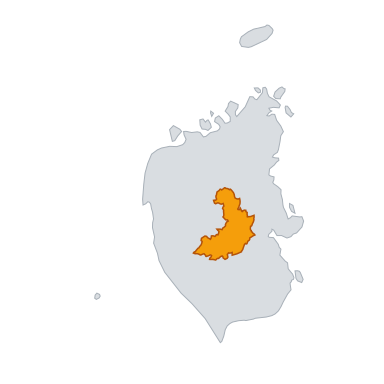 where North Chungcheong sits in South Korea, rotated 171°
{"feature_id": "KOR-2494", "entity_name": "North Chungcheong", "entity_type": "Province", "adm_level": 1, "iso_a3": "KOR", "parent_name": "South Korea", "parent_adm1": "", "projection": "mercator", "projection_center": [127.84, 36.597], "detail": "fine", "context": "in_parent", "style": "filled", "palette": "amber", "viewbox_px": 384, "rotation_deg": 171, "n_neighbors": 0, "source": "natural_earth", "source_scale": "10m", "svg_char_len": 6049}
<svg xmlns="http://www.w3.org/2000/svg" viewBox="0 0 384 384"><g transform="rotate(171 192 192)"><path d="M108.0,87.8L109.4,86.7L109.5,85.1L109.5,79.9L113.5,76.3L119.2,69.0L122.0,64.9L125.2,61.1L128.9,58.6L132.5,57.4L138.2,56.9L149.1,57.4L151.2,56.9L158.8,56.6L160.6,57.2L166.1,57.6L172.2,57.2L175.3,56.1L178.2,54.2L180.7,50.8L183.2,44.6L186.0,39.7L187.6,38.8L198.8,64.9L209.5,81.7L218.6,93.8L231.5,117.0L235.3,129.4L235.7,137.0L237.9,147.5L236.0,153.5L236.6,163.0L235.7,167.8L234.2,171.4L234.1,178.2L234.6,181.9L234.7,186.7L235.7,188.6L237.2,189.3L239.5,187.6L242.4,186.8L241.9,192.6L238.4,207.3L235.4,218.0L231.2,227.2L226.0,235.7L219.7,239.0L215.3,240.2L206.9,240.6L199.9,239.2L193.8,240.2L191.4,242.0L189.6,245.0L190.9,249.7L190.8,253.1L188.2,252.8L183.1,250.8L177.4,250.6L174.8,249.6L172.1,244.6L169.4,244.8L164.7,247.7L157.4,248.4L154.9,250.0L154.0,252.0L155.0,254.6L158.7,258.0L157.4,261.4L153.6,263.1L150.6,258.9L148.7,254.8L146.5,254.6L143.2,255.7L142.5,260.2L144.1,263.2L146.6,266.7L143.1,270.8L142.1,273.7L139.6,275.7L132.7,271.1L133.6,267.9L136.6,264.7L137.0,261.5L136.0,259.5L126.1,267.8L120.0,277.1L116.8,276.4L115.4,274.0L113.5,273.0L106.9,279.1L105.7,283.8L103.3,284.0L102.2,282.0L102.1,277.7L101.0,274.0L94.2,268.7L91.1,264.1L92.8,261.5L98.4,262.9L103.0,262.7L102.1,260.5L100.6,259.5L103.6,258.2L106.1,255.7L104.0,255.0L100.9,256.4L98.2,255.7L97.2,249.6L94.0,243.3L92.3,237.3L95.5,233.7L97.1,228.3L100.0,220.4L101.5,217.8L105.6,215.9L107.1,213.9L104.8,212.8L101.2,211.9L101.3,209.6L103.8,208.3L106.5,205.8L111.8,202.7L113.4,196.9L111.9,195.5L108.6,194.1L109.3,191.1L110.7,188.9L110.2,187.5L106.3,183.7L103.7,180.3L104.5,176.3L103.9,170.3L104.2,165.3L104.1,162.6L102.2,156.4L101.3,150.3L98.8,151.2L96.8,152.7L89.5,150.5L87.3,150.4L86.3,145.8L88.9,140.2L95.1,135.2L98.6,134.6L101.3,132.4L105.4,131.7L110.4,135.0L114.9,135.7L117.3,141.6L118.9,142.8L119.2,140.7L122.8,138.2L123.7,136.2L122.9,135.2L118.7,134.2L115.0,126.9L114.5,123.7L113.1,121.7L115.1,115.9L110.8,109.2L108.7,107.1L109.0,101.1L106.8,97.3L105.5,95.2L104.7,91.5L105.4,89.9L107.4,89.3L108.0,87.8ZM93.9,344.0L91.9,345.2L90.0,344.5L89.5,343.9L87.2,340.8L86.6,339.2L88.1,336.1L94.4,331.0L110.8,326.2L113.7,326.0L120.2,328.0L121.6,332.0L120.4,335.3L118.9,337.6L111.4,341.4L105.6,343.2L93.9,344.0ZM204.4,257.1L200.0,260.5L194.2,255.9L192.8,253.4L197.3,249.6L201.0,245.4L203.5,245.1L204.4,257.1ZM173.5,256.7L173.0,262.1L169.7,262.4L167.8,258.9L165.7,260.6L164.7,260.6L163.1,256.3L162.8,252.9L166.6,250.3L168.9,251.8L172.2,252.6L173.5,256.7ZM89.7,280.9L86.7,281.7L85.1,279.8L83.9,279.3L84.6,276.8L89.4,271.9L90.3,270.2L94.7,271.2L96.4,273.8L94.3,277.8L89.7,280.9ZM102.8,90.4L102.6,98.0L100.1,97.7L98.3,96.9L97.6,95.4L95.9,88.3L97.8,85.4L101.6,87.7L102.8,90.4ZM86.8,260.9L86.2,262.2L84.3,261.8L82.2,258.0L81.4,254.9L79.3,253.3L82.6,250.6L86.7,255.4L86.8,260.9ZM98.1,161.7L97.5,165.4L94.4,163.0L93.6,154.9L96.7,157.3L98.1,161.7ZM303.8,105.3L301.8,107.0L299.3,105.3L299.0,103.5L300.3,101.9L303.3,100.9L304.7,102.3L303.8,105.3ZM113.4,282.4L114.2,285.0L110.5,284.5L108.5,282.0L108.8,279.8L111.0,279.5L113.4,282.4ZM161.3,267.3L160.8,269.0L158.4,266.4L160.7,263.6L161.3,267.3Z" fill="#d9dde1" stroke="#a8b0b8" stroke-width="1"/><path d="M147.3,132.8L148.4,132.0L150.6,127.9L150.8,127.4L151.1,127.0L151.4,126.7L151.8,126.4L152.2,125.9L152.5,125.2L157.3,123.9L162.2,123.3L161.8,126.0L163.2,125.7L164.6,125.8L165.0,126.0L165.4,126.2L165.7,125.9L166.0,125.5L166.9,124.9L166.7,122.1L167.6,121.0L169.9,120.3L171.6,122.1L171.6,123.3L172.2,124.1L173.7,123.8L175.2,122.9L176.1,122.2L177.2,122.4L178.1,122.0L179.2,121.1L181.8,122.1L184.4,122.5L185.2,122.7L184.7,123.9L183.3,124.9L182.6,126.1L183.1,126.7L183.7,127.0L184.1,127.0L184.5,126.8L185.9,126.4L188.1,126.1L188.5,126.6L188.5,127.4L189.4,128.4L189.7,129.1L190.5,129.1L191.5,128.9L192.6,128.5L193.7,128.5L194.8,129.4L196.0,130.1L197.2,130.4L198.4,130.5L199.3,130.9L200.2,131.5L199.6,132.1L199.0,132.5L198.5,132.3L198.0,132.6L197.0,133.7L195.8,134.7L195.1,135.4L194.1,135.7L193.5,136.2L193.1,136.9L191.7,137.9L190.7,139.3L190.2,140.4L189.7,141.5L190.0,142.0L190.6,142.6L189.9,144.8L186.1,146.5L184.5,145.9L183.8,144.5L182.7,143.6L181.9,143.1L181.3,142.4L180.7,143.0L180.3,143.7L180.0,144.6L179.7,145.6L178.4,145.5L177.0,145.0L176.3,144.5L175.5,145.0L174.7,146.0L173.8,146.1L173.1,145.6L172.5,146.5L171.9,147.8L171.6,149.0L172.5,150.1L173.2,151.4L169.9,150.9L168.2,150.1L167.2,151.6L165.6,152.3L164.2,153.3L164.1,154.0L164.1,154.5L163.8,155.1L162.8,156.5L162.1,157.2L161.5,157.3L160.8,157.6L161.3,158.9L163.1,159.2L165.3,162.5L164.5,163.3L164.1,164.6L163.9,167.7L163.6,169.1L163.9,170.0L164.4,170.9L163.7,172.3L162.7,173.1L163.0,175.8L164.8,175.4L165.9,175.8L167.2,176.8L168.1,177.3L170.5,176.7L171.5,177.5L172.0,180.4L171.0,180.4L169.9,180.2L168.8,181.1L169.1,182.6L169.1,183.4L169.0,184.3L168.6,184.9L168.2,185.5L167.8,186.9L167.1,188.3L166.0,188.7L164.9,189.3L164.3,189.9L163.7,190.4L163.0,190.1L162.4,189.4L160.7,190.2L159.2,191.1L158.5,190.9L158.0,190.3L156.0,189.7L155.3,188.9L154.5,188.4L154.2,188.8L153.9,188.9L153.4,188.5L153.0,188.0L152.0,186.4L151.1,184.7L150.7,182.8L150.7,180.8L150.3,179.2L148.9,178.3L147.5,177.8L146.0,178.2L145.9,176.5L146.0,175.0L146.5,172.8L147.6,170.9L148.0,170.0L148.4,169.1L149.2,168.6L149.4,167.6L148.8,167.4L148.2,167.1L147.4,167.6L146.8,168.5L146.3,166.9L146.2,165.9L145.7,165.6L145.7,165.0L145.1,164.8L144.6,165.6L143.1,165.9L141.7,165.5L141.9,164.5L141.6,163.9L141.2,163.7L140.9,163.4L140.7,162.9L140.8,162.5L141.0,162.0L141.1,161.4L141.1,161.1L141.0,160.8L140.9,160.4L141.0,160.0L141.2,159.5L141.2,158.8L137.8,158.6L134.4,159.3L134.6,157.5L135.2,155.9L135.1,155.0L136.0,153.0L137.3,151.2L138.2,149.5L138.6,149.1L139.0,149.1L139.5,149.0L139.7,148.6L139.8,148.1L139.9,147.5L140.1,146.9L140.2,146.2L140.1,145.6L139.8,145.0L139.5,144.7L139.5,143.5L138.9,143.1L138.1,141.5L137.5,141.1L137.0,140.6L136.6,139.7L138.7,139.1L140.6,138.2L142.1,137.7L142.5,136.0L143.3,135.2L144.5,134.7L145.0,133.9L145.4,133.0L146.1,132.2L147.0,132.4L147.3,132.8Z" fill="#f59e0b" stroke="#b45309" stroke-width="1.5"/></g></svg>